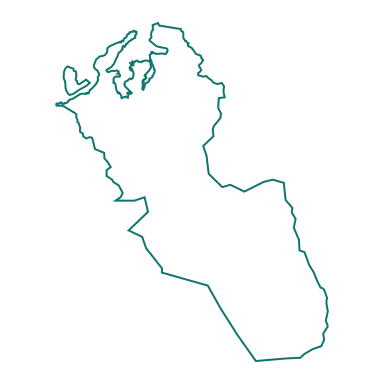 Nordreisa nor, Troms, Norway
{"feature_id": "86288312B71509568732439", "entity_name": "Nordreisa nor", "entity_type": "district", "adm_level": 2, "iso_a3": "NOR", "parent_name": "Norway", "parent_adm1": "Troms", "projection": "orthographic", "projection_center": [21.218, 69.528], "detail": "fine", "context": "isolated", "style": "outline", "palette": "teal", "viewbox_px": 384, "rotation_deg": 0, "n_neighbors": 0, "source": "geoboundaries", "source_scale": "gbopen_adm2", "svg_char_len": 5625}
<svg xmlns="http://www.w3.org/2000/svg" viewBox="0 0 384 384"><path d="M292.4,208.0L285.6,200.0L283.8,182.8L272.7,179.7L263.7,181.9L244.4,191.6L230.4,184.8L222.3,187.1L208.7,173.9L206.5,155.6L203.2,146.0L213.5,136.2L212.7,129.3L214.0,125.9L220.4,118.1L221.0,113.5L218.2,108.1L218.8,98.1L224.7,97.3L223.7,93.0L223.5,90.3L224.1,86.4L221.7,82.9L217.3,84.1L213.2,82.5L211.7,80.4L208.0,77.8L206.3,76.0L203.5,76.7L198.3,75.3L198.1,73.7L198.3,73.0L200.5,71.2L201.2,69.8L199.1,66.2L198.9,65.3L201.4,62.9L203.1,60.3L202.6,59.3L201.4,58.3L201.5,57.2L200.7,56.3L200.7,55.7L196.0,53.9L192.1,48.4L190.4,47.1L188.0,46.0L187.9,45.7L188.1,44.2L188.6,43.3L186.6,42.2L186.1,41.0L184.9,40.7L184.5,39.6L183.3,38.0L183.3,32.2L181.6,31.3L180.9,29.9L180.9,29.1L159.0,25.5L158.1,23.0L152.7,25.1L152.6,25.4L153.0,26.3L152.7,27.5L152.8,28.5L153.2,29.1L152.9,29.9L152.1,30.6L151.2,33.3L151.0,34.3L151.5,36.9L151.2,37.9L149.7,39.4L149.6,40.5L149.8,40.8L156.1,45.9L158.0,46.7L166.6,48.4L167.6,49.8L167.6,50.3L167.2,51.3L167.0,50.9L167.0,51.2L167.3,51.5L167.2,52.1L165.4,54.1L162.5,53.5L155.5,53.9L153.7,52.7L152.9,53.0L153.1,52.5L152.9,52.1L151.9,51.8L151.2,52.3L151.3,52.8L152.1,53.4L149.8,54.7L149.7,55.7L150.0,56.8L150.0,57.8L150.4,59.0L150.0,59.4L150.1,59.8L150.6,59.8L151.5,60.8L151.5,62.1L153.7,67.4L153.8,68.8L154.9,70.2L154.5,70.9L154.6,72.4L153.8,73.4L153.3,75.1L152.4,75.9L152.7,76.4L151.9,77.5L149.3,78.9L149.6,79.7L149.0,81.2L147.5,82.5L145.4,83.3L145.6,83.5L144.7,85.3L144.6,86.8L143.9,88.0L143.9,88.7L143.1,89.8L142.7,89.4L143.0,89.2L142.4,88.7L142.5,87.1L143.0,86.0L142.7,85.6L143.1,84.7L142.7,83.8L142.9,83.3L142.5,82.9L142.8,81.7L142.5,81.1L143.0,80.6L143.4,80.9L143.2,80.0L143.9,79.4L144.9,79.4L144.7,79.1L145.9,78.1L145.8,77.8L146.2,77.4L145.2,76.3L145.4,76.1L144.8,75.8L145.2,75.4L144.9,75.2L145.0,74.9L149.4,70.2L150.4,68.1L151.0,67.8L151.1,67.3L150.5,64.8L150.9,63.9L151.1,62.6L150.6,61.1L150.3,61.0L150.4,62.5L150.2,62.6L149.4,61.2L145.9,60.4L142.4,61.2L141.7,62.2L138.2,61.7L137.4,60.6L136.6,60.7L135.5,61.0L133.0,63.7L132.9,64.1L133.3,64.4L133.5,65.2L133.0,65.4L132.7,65.2L132.9,64.8L132.8,64.2L132.2,63.8L132.7,63.3L132.9,62.2L132.2,62.3L132.1,61.9L131.9,62.2L132.1,62.5L131.9,62.9L130.9,63.1L131.0,63.6L130.3,63.3L130.4,63.8L131.8,64.1L132.0,64.9L131.4,65.8L130.0,66.9L129.7,67.5L129.7,68.6L130.2,69.7L130.9,70.3L131.2,69.8L131.1,68.5L132.0,68.6L132.1,68.9L131.7,70.5L132.9,71.0L133.6,73.6L133.3,74.7L133.3,76.5L132.9,77.7L131.9,78.8L131.3,79.2L130.7,78.5L129.2,79.0L127.6,80.6L125.5,81.7L124.6,83.1L124.3,84.4L124.8,84.9L124.9,86.1L125.1,86.4L131.7,93.0L130.6,93.9L129.4,93.1L129.3,92.1L127.6,92.8L127.2,93.2L128.4,94.7L128.3,95.7L127.7,96.9L127.9,97.6L127.1,97.5L126.1,96.5L121.9,97.8L122.4,98.9L121.4,97.9L121.4,97.2L121.6,97.5L121.4,97.2L121.5,97.0L121.0,95.1L119.6,93.5L120.4,93.5L119.2,93.3L119.0,92.6L118.5,92.6L118.5,93.3L117.6,93.0L118.2,92.9L117.5,92.6L117.4,91.9L116.3,89.8L116.1,87.7L115.8,87.2L115.6,84.7L114.7,83.0L113.5,82.9L113.4,82.4L113.9,81.2L113.4,80.1L113.5,79.1L114.4,77.4L116.1,76.5L119.4,76.7L120.0,76.2L120.1,75.5L119.8,75.2L119.7,74.4L119.2,74.2L119.0,73.5L117.7,73.5L118.5,72.7L118.6,71.5L117.4,70.5L113.6,71.0L111.9,70.7L108.7,72.1L107.7,72.0L106.4,70.5L106.4,70.1L111.6,66.8L114.1,63.6L115.9,59.3L117.4,56.6L118.0,54.5L118.9,52.6L121.0,51.2L122.0,49.3L122.6,49.3L122.7,49.0L122.3,48.1L122.5,47.2L123.4,46.5L123.1,46.2L124.3,45.9L124.8,46.7L125.8,45.1L126.1,44.0L127.4,43.6L128.6,41.6L130.2,41.0L131.5,39.5L132.5,39.5L133.8,38.3L135.2,37.8L135.0,37.3L135.3,36.1L135.3,35.3L135.7,35.2L136.6,33.3L136.5,32.5L136.1,32.3L136.2,32.0L135.6,32.2L135.0,31.1L133.5,31.5L133.3,31.0L132.5,31.8L130.4,31.9L130.3,32.4L129.4,32.6L129.0,34.0L128.2,33.9L127.4,34.6L126.9,35.3L126.6,36.8L125.4,37.9L124.8,37.9L124.1,38.8L123.7,39.6L123.7,40.3L123.3,41.1L122.0,40.7L121.1,41.5L121.3,42.3L121.0,42.5L119.3,42.0L118.9,42.5L116.2,43.2L109.4,46.4L107.3,48.4L107.4,49.3L107.0,52.4L105.2,54.8L103.2,55.8L100.0,56.4L98.6,57.3L96.1,59.7L93.9,65.0L93.9,66.8L95.2,69.1L97.3,70.4L97.7,71.5L99.1,73.5L99.0,75.2L97.8,77.1L97.8,78.9L98.1,79.5L98.0,80.4L95.9,84.2L91.5,89.0L89.9,90.0L88.9,92.9L88.5,93.3L87.3,92.7L86.6,93.0L86.6,93.6L86.2,93.5L86.1,94.2L85.9,93.5L85.1,94.0L83.2,93.5L80.0,94.2L73.1,98.6L68.8,100.1L68.6,100.6L68.6,101.2L67.2,102.1L66.7,102.9L64.7,103.1L64.5,103.6L63.6,103.9L62.5,103.8L61.3,103.1L61.2,102.8L61.7,102.8L60.9,102.3L59.2,103.4L56.5,103.6L56.2,104.4L56.6,105.6L61.7,105.7L63.9,106.4L75.7,113.6L76.5,114.8L76.3,115.5L76.2,117.1L77.6,120.3L77.4,121.3L77.4,122.0L78.9,123.4L79.4,125.8L80.2,127.3L80.3,128.2L80.0,128.8L79.9,130.4L80.1,131.8L83.0,133.7L83.2,136.3L86.3,138.5L89.0,137.3L91.6,137.5L92.4,138.6L95.0,149.1L104.2,152.9L104.4,158.4L107.6,162.0L110.7,167.0L106.6,170.2L106.6,176.0L111.8,179.4L113.6,182.2L118.8,185.5L122.7,193.0L120.8,197.0L115.7,200.6L134.2,200.7L144.6,197.3L148.0,211.9L128.6,230.4L142.2,236.9L146.1,248.2L162.0,268.4L161.9,272.6L207.8,285.6L220.7,308.6L237.2,334.6L255.8,361.0L286.7,358.4L300.3,357.8L304.5,353.9L312.7,349.1L321.3,346.1L324.1,340.0L323.2,333.7L327.6,326.7L327.5,325.0L325.8,320.8L327.8,311.4L326.4,303.2L326.6,299.9L327.1,298.1L324.1,289.7L322.1,288.0L320.6,287.7L316.7,279.9L313.9,272.7L309.2,265.0L304.5,252.2L299.5,250.4L299.0,239.9L293.8,227.7L295.6,218.9L291.7,212.4L292.4,208.0ZM89.8,82.9L86.1,79.7L79.4,84.2L78.3,84.1L77.5,83.4L77.0,81.2L75.8,80.1L75.6,79.1L76.4,76.9L76.1,75.5L76.3,73.2L75.8,71.4L73.9,70.9L73.6,70.3L73.5,68.7L67.4,66.5L65.5,68.3L64.0,71.7L63.7,76.4L63.8,78.6L65.2,81.5L65.1,82.6L65.5,84.3L65.4,86.1L65.6,88.3L66.2,90.3L68.0,93.6L69.6,95.0L73.5,93.8L78.9,90.0L86.5,85.8L89.8,82.9Z" fill="none" stroke="#0f766e" stroke-width="2"/></svg>